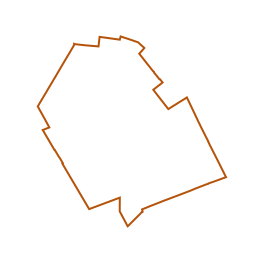 the district of Movila Miresii, Braila, Romania, rotated 76°
{"feature_id": "2599482B19893524753905", "entity_name": "Movila Miresii", "entity_type": "district", "adm_level": 2, "iso_a3": "ROU", "parent_name": "Romania", "parent_adm1": "Braila", "projection": "mercator", "projection_center": [27.616, 45.211], "detail": "fine", "context": "isolated", "style": "outline", "palette": "amber", "viewbox_px": 256, "rotation_deg": 76, "n_neighbors": 0, "source": "geoboundaries", "source_scale": "gbopen_adm2", "svg_char_len": 1402}
<svg xmlns="http://www.w3.org/2000/svg" viewBox="0 0 256 256"><g transform="rotate(76 128 128)"><path d="M201.0,60.3L201.0,59.9L199.4,44.8L181.4,48.8L173.1,50.7L164.9,52.6L160.7,53.5L160.6,53.3L156.0,54.4L143.6,57.2L141.9,57.5L140.8,57.8L131.2,59.7L118.4,62.3L112.6,63.5L113.3,65.5L115.2,71.5L119.4,84.3L100.7,92.6L97.0,94.2L92.7,84.5L92.2,83.4L88.4,85.2L88.3,85.7L80.5,89.3L80.1,89.3L79.6,89.3L79.2,89.6L79.0,89.9L71.3,93.4L69.8,94.1L58.6,99.1L56.5,95.9L54.3,92.8L54.1,92.9L50.3,95.5L47.3,97.5L43.5,103.3L37.4,113.0L40.3,114.6L32.7,133.5L41.7,136.9L37.3,149.8L34.3,157.9L33.8,159.2L33.3,159.9L33.8,160.0L34.3,160.1L40.3,165.9L43.7,169.3L48.1,173.7L58.8,184.2L61.9,187.2L62.6,188.0L65.1,190.4L69.8,195.1L73.1,198.3L76.9,202.1L80.2,205.4L85.2,210.3L87.2,209.8L95.1,207.7L100.3,206.3L108.4,204.2L109.3,211.2L131.4,204.7L131.4,204.4L132.4,204.1L139.4,202.0L139.8,201.7L146.4,199.7L146.6,200.3L152.5,198.6L197.3,185.3L195.6,170.5L193.6,152.8L200.2,154.5L206.9,156.2L223.3,152.1L223.2,151.8L222.0,149.9L218.7,144.4L216.2,140.2L214.9,138.0L214.2,136.9L212.5,134.3L212.8,134.1L212.7,134.0L212.3,134.0L211.0,134.1L210.4,134.1L209.2,125.8L207.8,114.9L207.4,112.1L207.1,109.7L207.1,109.4L204.5,87.4L203.6,80.2L203.4,79.5L202.5,72.6L201.8,66.9L201.6,65.6L201.6,65.3L201.6,64.8L201.7,64.4L201.7,64.2L201.6,63.9L201.4,63.6L201.3,63.3L201.1,61.8L201.0,60.3Z" fill="none" stroke="#b45309" stroke-width="2"/></g></svg>